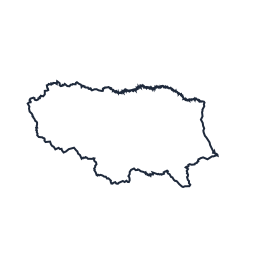 Manu, Madre de Dios, Peru (Equal Earth projection), rotated 322°
{"feature_id": "86281439B65493313696262", "entity_name": "Manu", "entity_type": "district", "adm_level": 2, "iso_a3": "PER", "parent_name": "Peru", "parent_adm1": "Madre de Dios", "projection": "equal_earth", "projection_center": [-71.147, -12.293], "detail": "fine", "context": "isolated", "style": "outline", "palette": "slate", "viewbox_px": 256, "rotation_deg": 322, "n_neighbors": 0, "source": "geoboundaries", "source_scale": "gbopen_adm2", "svg_char_len": 5858}
<svg xmlns="http://www.w3.org/2000/svg" viewBox="0 0 256 256"><g transform="rotate(322 128 128)"><path d="M64.0,47.0L63.5,50.4L62.0,51.7L60.6,54.5L61.0,57.4L60.8,58.8L59.9,60.0L60.3,60.6L59.8,61.4L59.9,62.9L59.3,65.5L59.8,66.4L59.7,67.7L58.3,69.5L57.1,70.3L56.6,71.8L55.7,71.4L55.2,72.8L54.4,73.1L54.6,74.0L53.5,75.2L53.2,76.8L52.0,77.8L52.2,80.2L54.8,82.7L55.0,83.8L55.7,84.6L55.5,85.5L54.4,86.5L54.4,88.3L58.2,90.7L57.2,93.7L57.2,95.8L57.8,96.6L57.9,97.7L57.6,100.1L61.1,100.9L61.4,102.7L62.8,103.5L62.2,105.0L62.2,107.7L64.7,108.3L68.3,108.2L73.3,110.3L73.4,113.9L73.7,115.2L72.9,117.5L73.5,119.7L72.6,123.5L73.2,123.4L73.8,124.1L74.5,123.8L75.7,125.0L76.6,124.8L77.2,125.8L77.5,127.6L80.8,130.3L82.1,130.5L82.8,131.3L81.7,132.0L81.4,132.8L81.2,133.7L81.7,135.3L80.8,137.2L78.8,137.6L78.2,138.5L76.3,139.2L76.2,140.2L75.5,140.5L75.2,143.2L74.3,145.7L74.7,146.7L75.7,146.5L76.2,147.6L77.5,148.0L78.7,149.8L79.3,151.7L80.5,152.7L80.4,155.0L81.6,155.6L82.1,159.0L81.3,159.6L80.7,161.5L81.6,162.3L82.4,162.1L84.6,162.8L84.6,164.6L85.7,165.7L86.9,165.5L91.3,166.6L92.1,168.5L94.3,168.6L94.6,170.4L95.4,171.1L97.0,170.3L97.9,169.1L98.7,167.5L98.7,166.2L100.9,165.4L102.3,163.7L104.7,162.9L107.8,163.6L108.1,165.9L109.6,166.9L110.3,166.7L110.9,167.7L111.4,169.9L113.3,172.3L113.7,173.6L114.5,173.7L113.9,174.9L114.6,174.9L114.8,176.1L114.4,176.8L115.1,177.9L115.9,177.7L115.7,178.4L116.3,178.5L116.4,179.5L117.7,178.5L119.0,180.0L119.9,179.3L120.1,178.3L122.9,182.7L123.7,182.9L124.1,183.9L125.6,184.6L125.6,185.3L128.2,186.2L128.8,184.9L130.4,185.1L131.6,186.0L132.0,185.5L132.6,185.7L132.8,186.7L131.9,187.0L131.5,188.4L132.3,190.0L131.8,193.2L132.6,194.2L132.2,197.2L132.6,198.8L133.2,199.1L133.7,200.2L133.8,203.7L134.5,207.3L135.1,208.4L137.0,209.0L140.5,211.6L142.1,211.1L142.1,208.9L143.4,207.4L143.2,205.8L144.3,203.0L145.2,203.0L146.5,201.9L146.8,200.8L146.5,200.1L147.4,199.5L147.8,198.0L150.0,197.3L149.2,194.5L150.3,194.5L151.5,195.4L152.2,195.3L152.8,194.2L154.4,194.5L155.6,196.2L158.1,197.7L158.9,197.3L161.1,197.9L161.6,197.4L162.8,197.6L163.0,196.8L164.4,196.0L165.0,196.5L166.4,196.4L169.1,197.4L171.4,201.6L176.8,202.1L177.9,203.0L181.2,204.1L181.6,204.9L182.0,204.1L181.8,202.8L180.8,201.6L181.6,199.7L180.3,200.4L179.8,199.9L180.7,199.2L182.2,192.1L183.4,189.5L183.9,183.8L183.8,181.5L184.9,178.1L185.7,176.5L187.8,175.2L188.5,172.6L190.0,170.0L190.6,166.3L193.9,164.7L196.1,161.1L197.3,160.4L197.9,159.4L201.5,157.8L202.4,156.0L203.9,155.1L204.0,154.0L202.8,152.6L201.8,152.3L201.8,151.7L201.2,151.5L201.2,150.4L200.5,150.7L200.5,150.0L201.2,150.3L201.3,150.0L200.6,149.6L200.2,150.0L200.6,148.9L200.1,148.7L199.7,146.4L198.7,146.2L198.8,146.8L198.4,147.0L198.4,146.3L198.0,146.7L198.1,146.0L197.7,145.6L197.3,145.8L196.1,144.7L195.4,145.1L195.3,144.4L194.2,144.1L194.3,143.4L193.6,143.3L193.2,144.0L193.0,142.8L192.5,142.7L192.5,143.5L191.7,142.9L191.6,141.7L191.3,142.2L190.5,141.4L190.5,139.7L189.6,139.3L190.1,139.0L190.2,137.2L190.6,136.9L190.4,136.4L190.7,136.0L190.3,135.8L190.6,135.2L190.0,134.8L190.6,134.0L190.1,133.9L189.7,132.4L189.0,132.5L189.4,132.1L189.3,131.4L188.7,131.3L188.9,129.7L188.3,128.9L188.6,128.1L187.7,128.4L187.0,125.1L186.6,125.6L186.6,124.7L186.1,124.7L186.3,122.6L185.7,122.6L185.1,121.9L184.9,122.8L184.4,120.0L183.9,120.3L183.6,119.4L183.4,119.8L182.6,119.5L182.8,118.5L182.2,118.4L182.6,117.3L182.1,117.8L181.7,116.9L181.3,117.3L181.2,116.2L180.4,115.7L179.6,116.1L179.4,115.6L179.1,116.2L178.6,116.2L178.6,115.3L178.3,114.9L178.5,115.5L178.1,115.4L177.9,114.7L177.1,115.2L176.8,113.9L176.1,114.3L176.4,114.1L176.3,113.1L175.5,113.6L175.0,112.2L174.0,113.0L174.1,112.6L173.7,112.0L173.8,112.8L173.2,112.5L172.4,113.2L172.5,112.8L172.1,112.7L171.9,111.8L171.5,111.5L171.1,111.9L171.2,111.3L170.8,111.6L170.7,111.0L170.3,111.0L170.5,110.0L170.1,110.2L169.8,109.3L169.1,109.8L168.9,108.7L168.4,109.0L168.7,108.7L168.1,108.4L168.5,108.0L168.3,107.5L167.6,107.4L167.9,106.2L166.9,107.5L166.6,106.1L166.4,106.7L165.7,106.2L166.1,105.9L165.7,105.2L166.0,105.1L165.9,104.5L165.3,104.1L165.4,103.2L164.7,103.4L164.3,102.6L164.1,103.0L163.6,102.5L163.0,103.7L162.9,102.9L162.3,103.3L162.0,102.8L161.5,103.0L161.6,102.1L161.3,102.5L160.9,101.9L160.3,102.3L159.8,101.6L159.5,102.3L158.9,102.2L159.0,102.9L158.3,102.6L158.5,103.0L158.0,103.0L157.3,102.0L156.9,102.9L156.8,102.2L155.8,102.1L155.7,101.5L155.1,101.9L154.9,101.1L154.5,101.4L153.9,100.1L152.6,99.7L152.3,100.2L151.7,100.1L151.9,99.3L151.3,99.2L151.3,98.6L150.7,97.8L150.2,98.1L149.8,97.3L150.1,96.7L149.8,97.0L149.9,96.6L149.3,96.5L149.4,95.8L148.7,95.9L148.2,96.6L147.4,95.9L147.5,96.5L147.1,96.2L147.0,96.8L146.2,96.1L145.9,97.0L145.6,95.8L144.6,96.5L144.5,95.8L144.0,96.1L143.4,95.7L143.5,95.2L142.8,95.0L142.6,94.2L142.1,94.5L142.3,93.9L141.8,94.3L141.2,93.5L141.5,91.5L140.9,91.3L140.6,92.3L140.0,92.2L139.7,90.9L140.0,90.5L139.6,89.9L139.8,89.3L139.2,89.3L139.5,89.0L138.8,86.7L139.1,86.4L138.6,85.8L138.9,85.7L138.3,84.8L138.1,85.1L137.9,83.8L136.2,83.0L136.0,83.5L135.9,82.7L134.8,81.9L134.1,82.2L133.2,81.5L132.4,81.6L132.0,82.5L131.1,83.1L130.9,82.7L130.3,82.8L128.1,80.3L127.1,78.1L125.5,76.9L122.7,76.1L122.5,75.5L123.0,73.9L122.7,73.4L121.8,73.6L121.1,72.9L121.3,71.4L119.5,70.0L118.9,68.9L119.4,68.5L118.4,66.8L116.7,67.1L117.4,65.8L117.5,64.8L116.5,62.9L115.9,60.5L114.7,60.4L113.6,61.3L111.4,59.3L110.8,59.5L109.4,58.6L107.6,59.1L106.0,57.6L105.3,54.3L103.5,54.7L102.9,53.7L101.8,54.2L100.7,53.5L100.5,52.1L101.3,51.5L101.7,50.4L100.9,47.6L99.0,49.5L98.4,47.8L96.9,46.5L96.2,46.8L95.1,45.7L94.7,46.6L94.3,46.6L92.6,44.5L92.0,44.9L90.3,44.4L89.0,46.8L89.2,47.5L88.5,49.0L87.4,48.8L85.3,47.5L83.1,50.3L80.7,50.8L79.2,49.0L78.7,49.5L77.7,49.1L76.9,50.2L75.8,49.4L75.0,50.2L73.1,49.8L72.1,48.8L72.0,47.9L72.7,46.9L72.2,45.9L69.1,44.8L67.6,45.4L67.5,47.5L67.1,47.8L65.7,46.9L64.0,47.0Z" fill="none" stroke="#1e293b" stroke-width="2"/></g></svg>